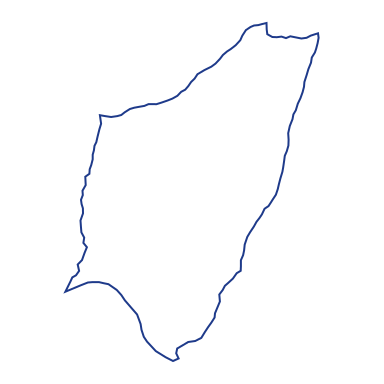 outline of Nantes, São Paulo, Brazil
{"feature_id": "56859067B3251407102794", "entity_name": "Nantes", "entity_type": "district", "adm_level": 2, "iso_a3": "BRA", "parent_name": "Brazil", "parent_adm1": "São Paulo", "projection": "mercator", "projection_center": [-51.197, -22.601], "detail": "fine", "context": "isolated", "style": "outline", "palette": "blue", "viewbox_px": 384, "rotation_deg": 0, "n_neighbors": 0, "source": "geoboundaries", "source_scale": "gbopen_adm2", "svg_char_len": 2056}
<svg xmlns="http://www.w3.org/2000/svg" viewBox="0 0 384 384"><path d="M318.0,33.3L310.8,35.6L306.6,37.8L301.4,38.5L294.8,37.2L290.3,36.3L286.0,38.1L281.5,36.6L276.8,37.2L272.3,37.0L267.3,34.2L266.7,29.4L266.5,23.0L262.3,24.0L258.3,25.1L254.0,25.5L250.5,27.0L245.9,30.1L242.3,35.7L240.3,40.2L235.7,45.2L230.7,49.1L227.0,51.5L222.9,55.0L220.1,58.7L215.5,63.6L211.3,66.7L204.4,70.1L197.5,74.2L194.6,78.6L191.1,82.0L188.3,86.1L185.2,89.7L181.2,91.8L177.4,95.8L172.4,98.6L167.6,100.5L161.8,102.5L156.4,104.2L152.6,104.1L148.6,104.1L144.4,105.9L139.2,106.8L134.3,107.7L129.9,109.0L124.7,112.3L121.3,115.0L117.3,116.1L111.1,117.0L105.1,116.1L99.9,115.2L101.1,123.7L99.4,129.3L97.6,136.5L96.3,142.2L94.5,145.8L93.9,150.4L92.7,154.7L92.7,159.3L91.2,165.2L89.7,169.2L89.4,173.8L85.3,176.7L85.7,185.1L82.5,190.7L82.8,195.1L81.0,199.8L81.6,204.1L82.9,208.3L83.0,213.4L80.5,220.5L80.9,226.3L81.4,232.4L84.2,237.6L83.4,242.9L86.9,247.2L84.6,252.8L82.0,260.1L77.7,264.5L79.1,270.9L76.0,275.3L72.3,277.4L70.5,281.4L68.0,286.4L65.4,291.7L81.0,285.2L87.9,282.5L92.7,282.1L98.9,282.1L103.6,283.2L108.5,284.2L116.8,290.0L121.3,295.0L124.9,300.4L137.1,314.5L140.6,324.0L141.5,329.8L143.8,336.8L147.0,341.6L155.8,351.1L165.6,357.2L173.0,361.0L178.6,358.5L176.2,353.3L177.2,348.5L183.0,345.1L188.2,342.0L195.2,341.0L201.3,337.9L204.9,332.0L208.2,327.0L211.3,322.7L214.6,317.5L215.0,313.3L217.2,308.0L219.9,301.5L219.3,294.5L222.7,290.0L224.9,285.8L228.1,283.0L232.9,278.6L236.7,273.2L240.7,270.8L240.9,266.3L240.9,260.2L243.1,255.2L244.1,250.4L244.7,244.6L247.3,236.9L250.1,232.2L253.9,226.5L256.5,221.8L259.4,218.1L261.9,214.4L264.6,208.7L268.5,206.1L270.6,202.9L272.8,199.4L275.9,194.7L277.8,189.0L278.9,184.2L280.4,178.4L282.4,171.8L283.2,167.3L284.2,160.4L284.8,155.8L286.8,151.2L288.4,145.6L288.6,139.7L288.2,133.2L289.8,126.0L292.5,119.2L293.4,114.4L295.8,110.3L297.8,103.7L300.4,98.3L302.6,92.2L304.0,86.8L304.4,82.0L306.6,75.2L308.4,69.1L311.0,62.7L311.8,57.5L314.9,52.5L316.2,48.6L317.6,43.2L318.6,37.8L318.0,33.3Z" fill="none" stroke="#1e3a8a" stroke-width="2"/></svg>